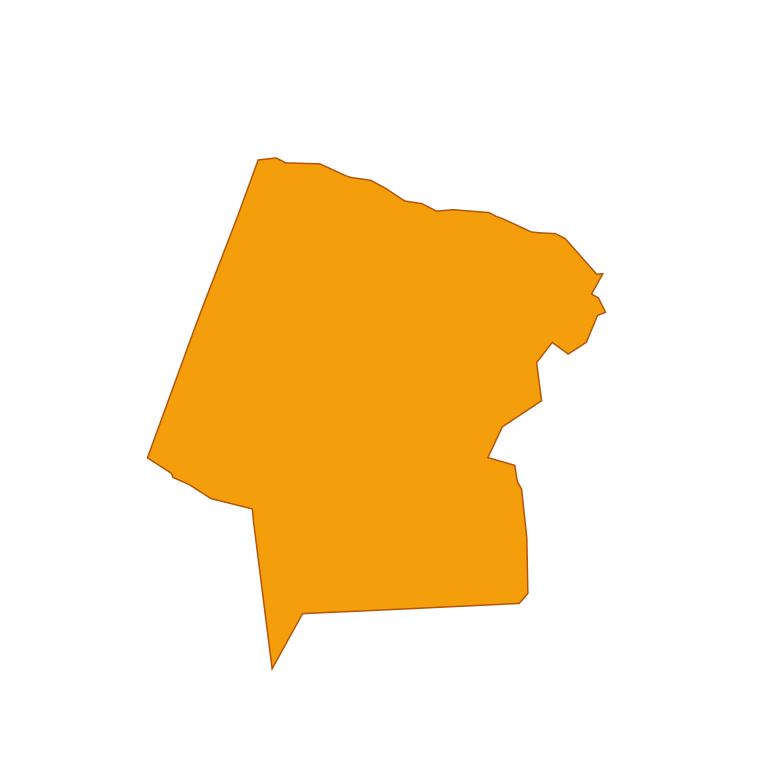 Gwinnett, Georgia, United States of America (Albers equal-area conic projection), rotated 154°
{"feature_id": "52423323B79276741434448", "entity_name": "Gwinnett", "entity_type": "district", "adm_level": 2, "iso_a3": "USA", "parent_name": "United States of America", "parent_adm1": "Georgia", "projection": "albers", "projection_center": [-84.077, 33.96], "detail": "fine", "context": "isolated", "style": "filled", "palette": "amber", "viewbox_px": 768, "rotation_deg": 154, "n_neighbors": 0, "source": "geoboundaries", "source_scale": "gbopen_adm2", "svg_char_len": 891}
<svg xmlns="http://www.w3.org/2000/svg" viewBox="0 0 768 768"><g transform="rotate(154 384 384)"><path d="M322.9,272.3L296.5,293.6L249.7,299.9L237.5,336.3L214.6,347.6L205.3,330.2L183.9,332.8L162.0,352.0L153.4,351.4L153.6,367.4L158.1,373.8L139.0,387.2L144.7,389.3L157.4,435.1L158.2,436.3L164.2,444.1L179.2,452.4L179.9,453.0L184.9,456.0L204.2,479.7L210.0,485.8L214.3,491.9L245.4,510.3L261.1,516.4L270.9,529.5L285.3,539.5L296.8,559.2L306.7,572.9L323.3,584.2L327.3,588.2L345.2,610.0L375.4,625.8L381.8,634.4L398.8,640.5L403.9,635.7L441.6,599.3L517.1,529.1L533.3,513.7L557.5,490.3L571.8,476.5L629.0,421.3L614.3,397.1L614.7,392.6L603.2,379.0L589.8,356.9L557.1,329.4L561.4,318.1L593.8,222.9L609.4,177.1L557.9,213.3L535.3,203.6L510.3,192.7L449.7,166.6L358.6,127.5L346.5,132.7L323.1,183.1L306.5,229.0L306.9,238.2L302.1,253.5L322.9,272.3Z" fill="#f59e0b" stroke="#b45309" stroke-width="1.5"/></g></svg>